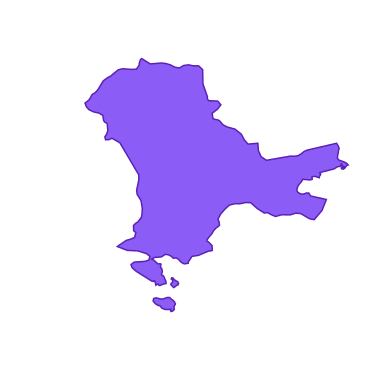 SVG path tracing the border of Balikesir, rotated 203°
{"feature_id": "TUR-2238", "entity_name": "Balikesir", "entity_type": "Province", "adm_level": 1, "iso_a3": "TUR", "parent_name": "Turkey", "parent_adm1": "", "projection": "mercator", "projection_center": [27.651, 39.857], "detail": "fine", "context": "isolated", "style": "filled", "palette": "violet", "viewbox_px": 384, "rotation_deg": 203, "n_neighbors": 0, "source": "natural_earth", "source_scale": "10m", "svg_char_len": 3496}
<svg xmlns="http://www.w3.org/2000/svg" viewBox="0 0 384 384"><g transform="rotate(203 192 192)"><path d="M167.6,125.0L170.4,123.1L172.2,122.7L175.4,123.4L178.1,124.7L180.7,125.2L183.4,123.7L185.7,124.7L189.1,125.0L192.2,124.2L194.8,120.3L200.9,117.1L202.8,114.5L200.7,114.4L195.1,112.5L193.4,113.5L192.4,113.5L192.0,112.0L191.7,110.5L191.1,110.1L190.3,110.0L189.7,109.4L188.9,108.2L188.4,107.6L188.1,106.8L188.0,104.9L187.7,103.9L186.9,103.7L185.8,103.7L185.0,103.3L181.3,99.7L180.3,98.2L180.3,97.3L181.6,96.7L182.7,95.8L184.6,93.7L185.8,93.1L186.8,93.7L187.7,93.9L188.8,92.1L191.0,94.9L191.1,95.3L192.1,95.5L192.5,95.1L192.8,94.5L193.9,94.2L212.5,97.2L217.5,98.9L219.8,101.4L217.8,104.9L208.0,109.9L205.1,112.5L205.6,116.3L209.7,117.5L219.0,116.6L228.6,113.0L239.4,112.6L238.9,113.6L233.5,121.9L230.1,124.6L227.1,127.7L227.9,132.8L230.5,133.5L232.8,138.3L231.7,141.0L230.1,143.4L228.7,149.0L229.3,151.9L231.3,157.4L235.5,164.1L241.6,168.4L243.7,172.1L245.7,182.4L247.7,187.0L277.6,209.1L286.6,210.2L289.0,207.7L292.0,206.3L293.8,208.8L293.2,211.8L293.5,215.8L295.6,219.5L296.3,221.2L297.5,222.1L299.7,222.2L301.3,223.3L304.1,227.7L308.5,228.3L313.7,227.3L319.0,227.5L322.4,229.1L325.2,232.0L322.9,236.3L322.3,239.2L322.2,242.0L321.4,243.8L320.1,245.1L318.6,249.4L317.1,259.7L314.5,264.1L311.9,267.3L311.0,269.4L307.6,275.7L303.9,278.4L295.7,281.2L291.2,283.3L290.2,288.3L290.9,290.0L291.2,293.7L290.4,295.2L280.5,293.6L270.1,299.0L265.9,300.1L261.6,300.6L256.7,300.2L252.2,301.1L249.1,305.2L244.9,307.7L240.0,308.7L235.2,310.7L230.0,308.8L224.2,295.8L215.0,285.7L214.2,283.6L212.3,282.6L203.9,285.7L199.5,283.6L200.8,278.4L204.2,272.3L201.4,267.8L199.5,267.8L195.9,268.5L194.2,268.2L189.7,266.0L185.0,265.6L177.1,266.7L169.2,264.5L164.3,260.5L159.1,258.0L150.4,262.6L147.1,256.1L142.2,251.5L135.8,250.3L115.4,263.5L111.8,264.9L108.6,266.8L106.4,269.9L104.5,273.3L102.3,275.6L78.0,293.3L77.1,292.8L74.9,291.1L73.4,289.3L73.5,287.8L72.6,284.9L72.1,282.0L71.2,279.7L69.2,278.8L63.8,279.1L61.1,278.9L58.8,277.9L60.0,276.8L60.6,273.8L61.5,272.3L62.9,271.7L64.0,272.4L63.9,273.4L61.8,273.8L61.8,274.7L63.1,274.7L64.1,275.1L65.0,275.9L65.8,276.8L65.1,274.6L65.7,273.4L67.0,272.8L68.1,271.9L70.1,268.9L82.0,259.8L81.0,258.9L80.5,258.8L80.5,257.9L80.7,256.9L80.7,256.0L80.5,254.8L84.6,254.5L86.1,253.9L87.5,252.8L86.3,250.7L88.1,249.2L94.6,247.1L95.1,246.9L95.0,246.3L95.2,244.8L96.8,239.3L96.6,236.1L95.9,234.1L94.2,233.0L90.9,232.7L88.3,233.8L86.3,235.8L84.1,236.7L81.3,234.7L65.4,237.6L65.1,225.8L68.7,214.3L73.2,213.3L83.5,214.6L88.3,213.0L92.5,209.4L100.7,206.0L105.5,202.1L110.7,202.1L114.2,202.6L117.3,200.9L125.6,202.3L133.9,205.1L138.8,203.1L143.3,199.9L148.1,197.9L152.5,194.5L155.0,189.0L157.0,182.9L157.5,177.0L155.6,175.4L153.7,172.2L154.8,169.7L155.6,168.7L156.9,165.2L157.4,161.3L158.9,156.6L159.5,153.7L159.1,152.7L157.1,152.4L152.6,150.5L150.5,146.1L151.8,145.0L153.5,144.3L161.4,136.1L166.8,132.8L168.1,126.3L167.6,125.0ZM177.2,74.8L179.0,74.3L182.3,74.9L185.2,76.4L185.7,79.0L183.6,80.6L179.4,81.2L177.2,81.9L173.5,85.3L171.3,86.2L168.8,85.1L167.5,85.0L165.3,84.1L163.5,82.5L163.8,79.3L163.1,78.2L162.4,76.9L163.0,75.3L163.8,74.3L164.6,73.8L165.3,74.2L165.6,75.8L168.4,74.3L171.3,73.3L174.3,73.3L177.2,74.8ZM175.8,103.6L176.7,103.5L177.2,103.9L177.1,105.1L175.9,105.4L174.3,104.5L172.4,104.0L170.3,103.9L168.7,102.7L168.5,101.1L169.7,100.0L170.6,98.1L171.6,96.8L175.3,98.5L175.5,99.5L174.9,100.8L174.7,102.5L175.8,103.6Z" fill="#8b5cf6" stroke="#5b21b6" stroke-width="1.5"/></g></svg>